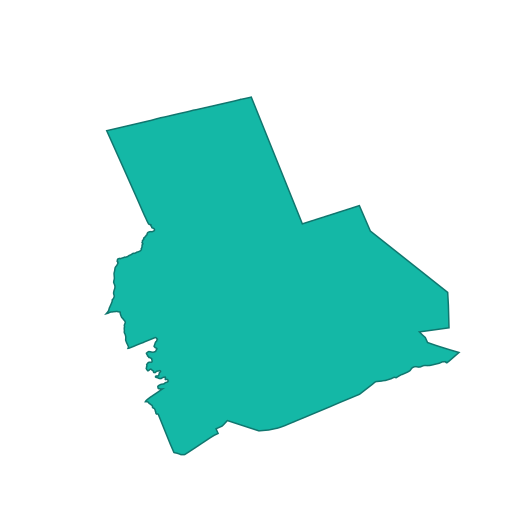 outline of Ganze, Coast, Kenya, rotated 66°
{"feature_id": "3690345B60815732971252", "entity_name": "Ganze", "entity_type": "district", "adm_level": 2, "iso_a3": "KEN", "parent_name": "Kenya", "parent_adm1": "Coast", "projection": "equal_earth", "projection_center": [39.55, -3.436], "detail": "fine", "context": "isolated", "style": "filled", "palette": "teal", "viewbox_px": 512, "rotation_deg": 66, "n_neighbors": 0, "source": "geoboundaries", "source_scale": "gbopen_adm2", "svg_char_len": 6156}
<svg xmlns="http://www.w3.org/2000/svg" viewBox="0 0 512 512"><g transform="rotate(66 256 256)"><path d="M379.3,100.3L367.2,95.7L279.7,141.4L252.0,141.1L245.5,200.6L108.9,195.7L108.7,197.0L107.7,201.9L106.8,206.0L106.5,206.5L106.6,207.0L105.6,212.8L104.5,218.4L97.9,251.7L97.3,253.9L96.8,257.3L96.2,260.7L94.6,268.4L91.8,283.1L91.2,285.7L90.8,287.2L90.8,287.8L90.3,290.6L89.4,296.9L88.8,299.8L80.8,341.4L122.7,341.3L157.1,341.3L169.1,341.4L173.7,341.4L176.6,341.3L179.6,341.3L182.8,341.1L183.4,340.9L184.2,340.1L184.3,339.7L184.6,339.3L185.0,339.4L185.4,339.7L185.8,339.6L186.3,339.6L186.8,339.4L187.2,339.5L187.6,339.6L188.0,339.5L188.8,338.6L189.6,338.0L190.1,338.0L190.7,338.0L191.2,338.3L191.4,338.7L191.6,339.4L191.6,340.0L191.6,340.7L191.4,341.4L190.8,342.5L190.6,343.2L190.5,343.8L190.5,344.3L190.5,344.9L190.7,345.6L191.1,346.1L191.5,346.5L192.1,346.8L192.4,347.2L192.4,347.8L192.9,348.4L193.1,349.2L193.5,349.6L193.7,350.1L193.8,351.0L194.6,351.7L194.9,351.6L195.3,352.0L195.4,352.7L195.9,353.6L196.6,353.8L197.1,354.3L197.5,354.7L197.9,354.4L198.3,354.3L198.7,354.3L199.1,354.6L199.2,355.2L200.0,355.7L200.4,356.1L201.1,356.3L201.6,356.6L202.2,357.2L202.5,357.8L203.4,358.0L203.7,358.4L204.0,359.0L204.3,359.9L204.3,360.6L204.3,361.2L204.3,361.7L204.1,363.0L204.0,363.5L204.2,364.2L204.2,364.9L204.3,365.5L204.0,366.0L203.9,366.5L203.6,367.0L203.6,367.7L203.7,368.4L203.9,368.9L204.0,370.2L203.9,371.6L204.0,372.3L204.1,372.8L204.3,373.4L204.2,374.3L204.1,375.2L204.0,376.0L203.6,376.4L203.6,377.0L203.6,377.8L203.2,381.1L202.8,381.4L202.6,382.0L202.6,382.7L202.5,383.3L202.9,384.0L203.3,384.2L203.6,384.5L204.1,384.8L204.5,385.0L204.8,384.6L205.2,384.7L205.8,385.0L206.2,384.8L206.6,385.2L207.9,386.9L208.2,387.4L208.8,388.6L209.2,389.2L209.5,389.5L209.9,389.8L212.1,391.2L213.9,392.6L214.7,393.0L218.4,394.3L219.0,394.6L219.5,394.9L220.9,396.0L222.0,396.7L222.4,396.8L224.6,396.9L225.5,397.0L226.0,397.1L226.9,397.4L228.2,398.2L229.8,399.7L231.4,400.9L232.5,401.4L234.7,401.7L235.3,402.0L235.8,402.4L236.5,403.1L237.1,404.0L237.4,404.8L237.7,405.3L238.4,405.5L238.9,405.8L240.8,407.7L242.5,409.6L242.9,410.0L243.8,411.1L245.4,412.4L246.1,413.1L246.9,414.4L247.8,416.3L248.0,415.0L248.1,414.3L248.0,412.3L248.2,411.2L248.8,409.6L248.9,408.9L249.2,408.1L249.5,407.4L249.9,405.9L250.1,405.5L250.5,405.1L250.9,404.6L251.6,403.4L252.1,402.9L252.6,403.1L253.2,403.4L254.7,403.6L256.7,403.7L257.4,403.7L259.1,403.1L259.5,402.9L259.9,403.0L261.6,402.4L262.3,402.3L263.2,402.3L263.6,402.5L264.0,402.8L265.6,404.4L266.2,404.7L267.0,404.8L267.5,405.0L267.9,405.5L268.3,405.7L269.2,406.1L270.2,406.4L270.7,406.6L271.7,407.2L272.2,407.4L273.1,407.5L274.5,407.4L276.7,407.8L278.1,408.4L279.4,409.1L279.9,409.3L281.0,409.4L282.9,409.5L284.6,409.4L286.7,409.4L287.2,409.5L287.6,409.7L288.3,410.5L288.5,410.0L288.6,408.8L288.8,404.3L288.8,401.3L289.0,396.2L289.2,394.4L289.1,392.7L289.5,381.5L289.7,380.8L290.2,380.5L291.5,380.1L291.8,379.9L292.2,380.1L292.4,380.7L293.2,381.3L293.5,381.7L293.6,382.4L294.1,383.1L295.5,384.4L295.9,384.8L296.4,385.2L296.8,385.7L297.2,385.9L298.2,385.5L298.9,385.3L299.4,384.7L299.8,384.4L300.3,384.2L300.8,384.5L301.0,385.0L301.4,385.5L302.1,386.2L302.3,386.8L302.3,387.3L302.2,388.6L302.0,389.2L301.8,389.7L301.2,390.6L300.4,391.6L299.8,392.6L299.6,393.2L300.2,395.6L300.6,395.8L302.4,395.6L302.9,395.5L303.3,395.7L303.7,395.3L304.1,395.2L304.7,395.2L305.3,395.0L305.5,394.4L306.6,393.6L307.1,393.2L307.6,393.1L308.1,393.4L308.7,393.4L309.6,393.6L310.1,393.9L310.5,394.4L310.5,394.9L309.9,396.0L309.6,396.8L309.5,397.5L309.6,398.1L309.9,398.4L310.1,399.0L310.8,400.1L311.3,400.2L311.7,400.2L312.2,400.4L312.5,400.9L313.5,401.5L314.0,402.0L314.5,402.0L314.9,402.0L316.4,401.7L316.9,401.5L317.0,401.0L316.9,400.3L316.6,399.6L316.5,399.0L316.5,398.2L316.9,397.8L318.5,397.2L319.0,396.7L319.4,396.5L319.8,396.6L320.3,396.8L320.7,396.8L321.1,396.5L321.5,395.5L321.4,395.0L321.1,394.4L320.9,393.8L320.9,393.2L321.1,392.8L321.3,392.3L321.4,390.9L321.6,390.5L321.9,390.2L322.4,390.0L322.9,390.3L323.2,391.1L323.5,391.9L324.0,392.2L324.8,392.8L325.3,393.4L325.7,394.0L325.6,394.6L325.2,395.5L325.0,396.2L325.1,396.7L325.6,397.0L326.1,396.8L326.4,396.5L326.9,395.7L328.3,394.5L328.6,394.1L328.9,393.7L329.4,392.4L329.1,391.0L329.1,390.4L329.2,389.7L329.5,388.8L329.8,388.1L330.4,388.2L331.4,388.9L331.8,389.1L332.1,389.0L332.3,388.3L332.5,387.5L332.8,387.1L333.4,387.0L333.9,387.0L334.5,387.1L335.1,387.9L335.1,388.7L334.9,389.8L334.9,390.4L335.0,391.0L335.3,391.6L335.3,392.2L335.2,392.8L334.7,394.6L334.6,395.3L334.7,397.1L334.8,397.8L335.0,398.4L335.3,398.8L336.9,399.2L337.5,399.0L339.0,396.8L339.4,395.6L340.6,401.9L342.0,410.0L342.5,412.1L342.8,413.4L343.3,414.9L343.5,415.4L344.1,416.3L344.9,414.7L345.2,414.3L345.6,414.0L346.6,413.7L347.1,413.6L347.7,413.3L348.1,412.8L348.9,412.6L350.0,411.8L350.5,411.7L351.2,411.7L351.9,412.1L352.6,412.0L353.1,411.7L353.5,411.3L354.0,410.9L355.1,410.8L355.7,410.8L356.8,411.1L357.3,410.9L358.1,411.2L358.9,411.4L359.9,411.2L360.1,410.5L360.5,409.9L361.4,409.7L392.7,410.8L402.1,410.9L402.5,410.5L404.0,408.4L405.8,406.4L406.5,405.8L406.9,405.4L408.2,402.5L408.4,401.9L407.7,397.2L403.5,372.3L402.8,367.2L402.7,362.8L397.6,362.8L397.6,356.2L396.8,354.0L394.7,349.1L416.9,324.5L420.1,315.2L421.4,309.1L422.0,306.4L422.4,302.8L422.7,298.3L422.7,296.0L423.0,283.3L423.8,249.1L423.8,247.1L423.9,238.5L424.2,227.0L424.4,217.7L424.3,217.1L423.3,213.1L420.4,201.3L420.2,200.8L420.0,200.1L419.5,198.0L419.6,197.3L421.2,192.5L421.7,190.3L422.3,188.6L422.4,188.0L423.1,182.3L423.0,181.5L423.0,179.0L424.2,177.5L423.8,174.6L423.5,171.4L423.7,170.7L423.7,167.6L423.7,164.7L423.5,162.8L423.3,161.8L422.0,159.6L421.6,158.3L421.6,156.4L421.9,155.5L422.3,154.6L423.6,152.7L424.0,151.5L424.2,150.9L424.2,148.7L424.3,147.5L424.7,146.2L425.8,144.0L426.6,142.0L426.8,141.3L427.4,138.3L427.6,137.0L428.5,132.3L428.5,128.9L428.6,128.3L429.0,127.6L429.3,126.6L429.6,126.0L430.0,125.6L430.4,125.8L431.0,125.4L431.2,125.0L430.6,122.5L426.7,109.8L420.6,117.0L413.4,125.2L410.7,128.2L404.8,134.5L399.3,134.5L396.0,136.0L391.8,137.6L400.1,108.9L379.3,100.3Z" fill="#14b8a6" stroke="#0f766e" stroke-width="1.5"/></g></svg>